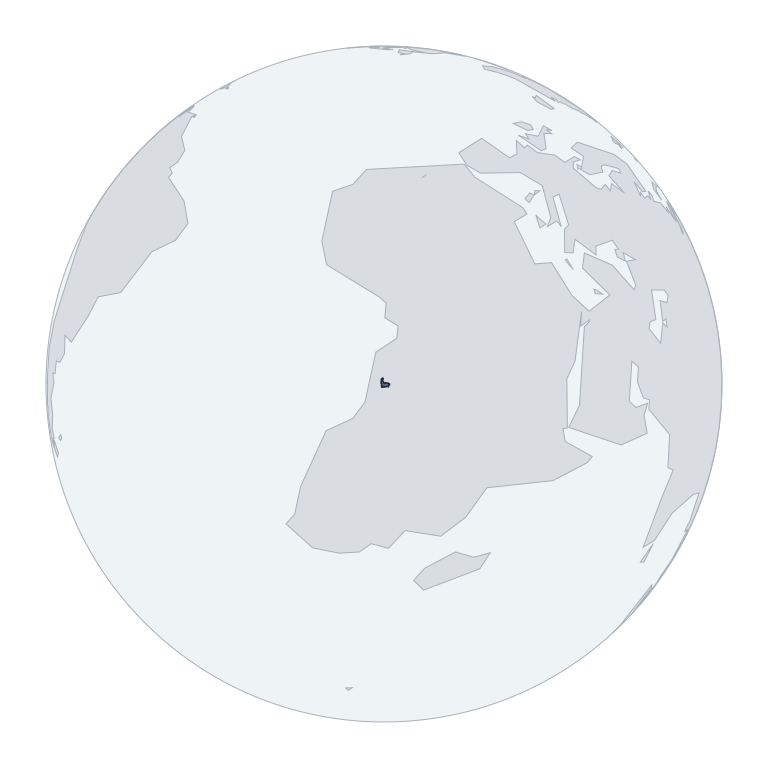 globe centered on Bouenza, rotated 43°
{"feature_id": "COG-2626", "entity_name": "Bouenza", "entity_type": "Region", "adm_level": 1, "iso_a3": "COG", "parent_name": "Republic of the Congo", "parent_adm1": "", "projection": "orthographic", "projection_center": [13.508, -4.119], "detail": "fine", "context": "on_globe", "style": "filled", "palette": "slate", "viewbox_px": 768, "rotation_deg": 43, "n_neighbors": 0, "source": "natural_earth", "source_scale": "10m", "svg_char_len": 7926}
<svg xmlns="http://www.w3.org/2000/svg" viewBox="0 0 768 768"><g transform="rotate(43 384 384)"><circle cx="384" cy="384" r="338" fill="#eef3f6" stroke="#a8b0b8"/><path d="M215.1,91.3L211.1,93.7L208.1,95.5L220.4,88.6L202.8,100.1L195.0,108.7L190.2,112.6L176.7,120.5L171.2,122.2L153.8,136.7L167.7,125.6L155.4,137.1L154.5,138.7L156.8,137.7L162.5,132.9L158.8,137.0L143.7,148.4L146.7,144.8L151.5,140.9L148.8,142.3L138.5,151.9L133.1,158.0L127.7,163.8L147.1,143.0L168.3,123.9L191.0,106.6L215.1,91.3ZM51.2,325.2L52.5,318.5L55.1,309.5L51.5,328.8L55.8,310.3L55.3,318.8L62.7,315.3L61.2,319.9L66.9,340.9L79.0,349.0L81.8,363.0L79.7,372.1L85.3,374.0L85.4,379.9L112.8,386.5L131.1,400.2L133.5,420.9L124.0,445.7L129.0,496.8L115.5,515.2L121.3,535.9L126.7,566.7L117.4,565.8L129.6,579.8L132.2,589.2L128.7,590.7L136.4,600.9L134.2,601.8L141.5,607.9L150.4,621.9L162.3,632.0L171.9,643.0L179.8,648.7L178.9,648.8L181.1,651.4L185.5,654.7L177.3,650.1L160.9,636.9L153.5,629.6L152.0,628.8L134.9,610.0L137.9,614.2L115.0,586.6L99.9,562.9L67.9,495.4L62.7,482.6L57.1,469.0L54.1,457.0L49.3,430.9L46.7,404.5L46.1,377.9L47.7,351.4L51.2,325.2ZM67.9,264.6L67.3,266.2L67.0,267.0L67.9,264.6ZM195.2,660.2L180.0,652.1L186.6,655.6L180.9,649.9L192.6,656.3L195.2,660.2ZM182.7,645.1L182.1,641.6L185.0,643.1L186.0,645.9L182.7,645.1ZM714.9,315.7L712.1,304.4L716.6,328.1L720.3,351.3L720.7,355.2L721.8,373.8L721.3,366.9L719.2,344.6L717.4,336.1L714.1,315.2L705.3,283.3L704.5,287.1L700.9,275.0L688.7,248.9L685.4,254.1L682.8,282.5L688.5,313.8L684.9,326.8L665.4,279.5L654.1,249.7L648.7,251.5L627.3,226.1L595.0,221.9L589.0,214.4L583.3,217.4L568.0,209.6L558.3,197.9L549.7,198.3L575.2,229.4L584.3,229.4L589.9,218.2L595.5,229.5L610.0,240.5L599.0,266.9L548.7,289.7L541.6,266.4L491.5,205.5L491.7,199.1L491.4,198.4L490.6,197.1L488.4,207.4L479.0,196.3L508.2,237.1L514.1,255.4L548.1,291.1L545.5,294.7L555.7,302.5L585.7,295.0L586.3,302.8L573.6,339.2L530.0,389.7L534.6,425.7L529.3,456.6L499.4,476.8L499.3,501.2L483.4,509.6L480.6,523.6L466.4,538.4L443.6,552.5L407.7,553.1L407.6,540.3L392.9,515.9L373.5,457.5L384.7,430.6L382.4,410.2L356.3,366.3L362.2,341.7L354.6,331.9L339.4,335.0L330.4,323.4L321.0,323.6L260.6,335.9L241.1,321.9L215.0,278.2L225.1,259.2L224.9,239.0L292.7,168.5L309.4,170.8L365.3,160.3L372.6,162.2L368.5,176.4L412.4,193.3L423.7,181.0L461.1,191.0L484.4,191.0L488.4,164.8L450.2,163.9L441.2,151.5L469.9,141.4L502.9,144.5L500.5,139.9L477.6,128.9L483.1,121.6L469.4,124.8L476.5,129.4L468.1,132.1L461.1,128.2L463.4,125.4L452.8,123.2L444.9,138.6L451.2,145.0L424.9,147.9L432.9,159.2L426.5,164.6L410.5,147.8L410.5,141.7L382.5,125.7L380.1,132.0L406.4,148.1L399.1,146.9L396.1,157.4L392.6,148.6L364.5,131.0L339.4,136.4L310.9,163.9L295.5,167.5L281.0,163.8L287.9,137.7L321.6,132.9L324.4,125.2L314.7,115.6L325.7,115.5L325.9,111.5L338.3,110.1L352.9,100.1L365.1,98.6L368.1,87.8L374.8,86.1L371.1,92.6L375.1,97.0L405.1,95.8L410.0,93.5L409.6,87.1L417.9,88.3L413.6,82.3L429.4,80.3L406.5,78.3L405.3,72.3L413.3,68.3L408.8,66.4L395.7,73.3L394.2,76.6L399.5,79.8L391.8,90.7L382.1,92.9L374.6,81.4L360.0,83.8L360.5,75.2L395.5,59.3L411.6,57.4L443.9,64.5L441.8,67.1L429.1,65.5L443.4,71.6L441.0,68.8L447.9,70.4L448.5,66.5L453.5,67.4L445.6,62.6L451.7,63.4L456.6,66.4L462.7,63.0L474.6,64.7L473.6,63.6L469.2,61.9L487.3,66.1L485.8,65.2L479.2,63.3L471.9,60.5L466.1,57.7L472.7,59.3L475.7,60.5L491.9,66.2L498.8,70.1L500.9,70.6L496.4,67.6L476.7,60.6L471.4,58.5L481.1,61.4L477.2,60.2L476.6,59.7L482.1,61.1L471.6,57.9L466.1,56.2L488.9,62.8L511.1,70.9L532.8,80.6L553.7,91.8L573.7,104.4L592.8,118.3L610.9,133.6L627.9,150.1L643.7,167.8L658.2,186.5L671.4,206.2L683.1,226.8L693.4,248.1L702.1,270.1L709.3,292.7L714.9,315.7ZM272.2,201.7L271.0,207.6L272.2,201.7ZM540.2,162.8L558.5,165.5L546.2,149.2L552.2,149.3L545.8,144.2L545.2,148.1L529.0,134.8L535.4,131.4L531.1,125.3L524.8,124.2L515.6,132.8L538.8,151.4L536.3,157.3L540.2,162.8ZM63.1,315.0L63.5,318.4L62.0,319.0L63.1,315.0ZM67.9,273.2L68.8,274.2L66.8,276.4L67.9,273.2ZM66.8,267.9L67.0,273.2L63.2,280.0L63.5,277.1L64.7,274.4L66.8,267.9ZM156.3,136.4L157.4,135.6L158.5,135.6L155.7,137.7L156.3,136.4ZM177.5,125.3L171.2,132.3L173.7,128.3L168.5,132.0L167.4,129.1L187.7,114.4L178.7,121.2L177.5,125.3ZM171.6,122.6L170.0,125.2L171.0,123.0L171.6,122.6ZM314.5,94.5L319.7,96.1L316.2,100.6L300.8,105.3L305.5,98.6L314.5,94.5ZM327.7,97.7L324.5,86.5L334.0,84.1L329.2,87.2L335.8,86.6L329.9,91.6L342.1,101.4L339.9,106.2L312.5,110.5L322.7,106.0L317.0,104.3L327.7,97.7ZM299.7,71.5L298.4,69.1L320.6,66.5L319.2,69.1L303.7,73.2L296.2,72.6L299.7,71.5ZM259.9,69.7L255.5,71.7L244.6,76.3L248.5,74.4L259.9,69.7ZM246.8,75.2L235.9,80.4L246.8,75.2ZM234.2,81.1L227.6,84.5L230.8,82.8L234.2,81.1ZM341.9,48.7L342.4,48.7L344.1,48.4L354.3,47.4L355.9,47.2L359.9,47.1L351.3,47.8L361.8,47.5L352.1,48.4L354.0,48.4L347.9,49.5L343.7,51.0L339.0,51.5L339.4,52.0L335.4,53.1L334.3,54.0L325.5,55.6L323.5,57.1L320.4,57.1L319.4,59.4L316.2,58.5L310.7,60.5L316.7,60.3L271.4,71.4L254.9,78.4L242.9,85.2L239.0,84.0L247.8,77.5L263.0,69.7L279.4,63.8L274.7,64.9L281.2,62.7L282.2,62.7L284.5,61.4L290.1,59.7L303.6,55.8L341.9,48.7ZM379.7,156.8L385.1,157.2L393.3,156.4L391.5,163.5L379.7,156.8ZM360.2,144.8L364.9,143.7L366.5,152.3L360.8,152.4L360.2,144.8ZM366.3,136.4L365.1,143.0L362.4,139.5L366.3,136.4ZM375.4,91.7L380.3,90.7L381.3,92.2L379.2,94.6L375.4,91.7ZM388.9,50.3L384.3,49.8L385.5,49.5L380.8,48.1L387.5,47.8L393.0,48.6L388.9,50.3ZM482.7,169.1L476.8,173.9L472.9,171.4L475.7,170.2L482.7,169.1ZM432.6,167.9L444.7,171.3L431.9,169.8L432.6,167.9ZM395.5,49.8L392.7,49.1L397.8,49.5L395.5,49.8ZM392.3,47.7L398.0,47.9L387.8,47.7L392.3,47.7ZM567.9,627.8L566.8,632.5L563.3,632.4L567.9,627.8ZM580.1,453.8L553.5,507.8L539.6,507.4L539.4,491.0L550.8,458.1L567.8,449.5L576.8,435.0L580.1,453.8ZM720.9,410.5L721.3,399.6L716.9,348.4L718.6,350.6L721.9,381.7L721.9,386.9L721.9,388.2L721.9,388.9L720.9,410.5ZM689.7,317.0L695.6,337.0L693.0,339.5L689.7,317.0ZM449.6,53.3L448.6,54.9L452.4,57.3L461.5,60.1L448.2,57.5L442.4,53.7L449.6,53.3ZM417.6,48.3L416.8,48.6L412.7,48.1L417.6,48.3Z" fill="#d9dde1" stroke="#a8b0b8" stroke-width="1"/><path d="M386.2,386.2L385.9,385.9L385.7,385.8L385.3,385.9L385.2,386.0L385.3,386.6L385.2,386.7L385.1,387.0L385.2,387.3L385.0,387.5L384.9,387.6L384.7,387.6L384.5,387.9L384.4,387.9L384.4,387.7L384.2,387.5L383.9,387.4L383.5,387.1L383.4,387.0L383.3,386.9L383.2,386.8L383.2,386.7L383.0,386.4L382.9,386.3L382.9,386.2L382.6,385.8L382.5,385.7L382.4,385.7L382.2,385.6L381.9,385.6L381.7,385.5L381.4,385.5L381.2,385.3L380.9,385.2L380.5,384.4L380.3,384.1L380.2,383.8L380.1,383.7L379.7,383.4L379.4,383.0L379.2,382.6L379.0,382.4L378.9,382.4L378.7,382.3L378.7,382.2L378.8,382.0L378.9,381.9L378.9,381.7L378.9,381.4L378.8,381.0L378.8,380.9L378.8,380.7L379.0,380.5L379.3,380.5L379.5,380.7L379.8,380.7L379.9,380.8L379.9,381.0L380.0,381.1L380.1,381.3L380.2,381.6L380.3,381.7L380.3,381.8L380.4,382.0L380.4,382.3L380.6,382.5L380.9,382.6L381.0,382.7L381.1,382.8L381.3,382.9L381.7,382.8L381.8,382.8L382.0,382.9L382.3,382.8L382.5,382.8L382.8,382.9L383.0,382.9L383.1,383.0L383.2,383.4L383.2,383.5L383.3,383.5L383.6,383.6L383.8,383.6L384.0,383.5L384.0,383.4L384.1,383.2L384.2,382.9L384.3,382.7L384.4,382.4L384.5,382.4L384.5,382.2L384.4,382.1L384.4,381.9L384.5,381.9L384.8,381.8L384.8,381.7L385.0,381.7L385.3,381.5L385.4,381.4L385.5,381.4L385.6,381.2L385.8,381.0L385.9,380.9L386.1,380.6L386.3,380.7L386.5,380.7L386.7,380.8L386.8,380.8L387.0,380.8L387.5,380.4L387.6,380.2L387.8,380.1L388.1,380.3L388.3,380.4L388.4,380.5L388.5,380.6L388.6,380.8L388.6,381.0L388.4,381.2L388.4,381.3L388.2,381.4L388.2,381.5L388.3,381.8L388.6,382.2L388.6,382.3L388.7,382.5L388.8,382.5L389.0,382.7L389.0,382.9L389.1,383.0L388.9,383.2L388.8,383.3L388.5,383.3L388.4,383.2L388.2,383.4L388.2,383.5L387.9,383.7L387.7,383.9L387.8,384.1L387.7,384.3L387.8,384.3L387.7,384.3L387.4,384.4L387.4,384.5L387.2,384.7L387.0,384.8L386.8,384.9L386.7,384.9L386.7,385.0L386.6,385.5L386.5,385.8L386.4,385.9L386.4,386.0L386.2,386.2Z" fill="#64748b" stroke="#1e293b" stroke-width="1.5"/></g></svg>